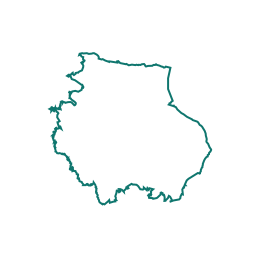 Jenin, West Bank, Palestine (Mercator projection), rotated 45°
{"feature_id": "87354302B37411468451868", "entity_name": "Jenin", "entity_type": "district", "adm_level": 2, "iso_a3": "PSE", "parent_name": "Palestine", "parent_adm1": "West Bank", "projection": "mercator", "projection_center": [35.215, 32.426], "detail": "fine", "context": "isolated", "style": "outline", "palette": "teal", "viewbox_px": 256, "rotation_deg": 45, "n_neighbors": 0, "source": "geoboundaries", "source_scale": "gbopen_adm2", "svg_char_len": 5844}
<svg xmlns="http://www.w3.org/2000/svg" viewBox="0 0 256 256"><g transform="rotate(45 128 128)"><path d="M79.8,186.5L79.8,186.8L80.7,186.0L81.1,186.1L81.6,186.9L81.0,186.9L80.9,187.2L81.3,187.9L84.1,189.3L84.9,188.7L85.8,190.4L86.1,189.1L86.6,188.7L87.1,188.9L87.1,189.8L87.6,191.0L87.8,190.7L88.0,191.7L88.6,192.6L88.8,192.3L89.2,192.7L89.1,193.0L89.7,193.4L90.0,193.4L90.1,193.1L90.6,193.2L90.6,193.9L93.6,195.6L93.6,195.8L94.1,195.6L95.7,195.9L96.9,195.0L97.2,194.3L98.9,193.3L99.6,193.2L99.8,192.7L100.4,192.7L100.6,192.5L100.2,192.5L100.2,192.2L101.3,192.0L101.4,191.2L102.1,191.2L102.7,191.6L105.0,191.4L105.0,191.6L105.8,192.1L106.3,192.0L106.7,191.4L107.4,193.2L108.2,193.2L108.4,192.6L108.7,193.0L109.2,192.9L109.3,192.3L110.0,192.8L110.9,192.7L111.6,193.1L111.7,193.7L112.7,193.7L113.0,193.3L113.7,194.0L114.0,194.8L114.1,194.7L113.9,195.2L114.6,195.9L115.6,195.8L115.6,196.2L116.1,196.7L115.5,197.6L116.1,198.3L116.7,198.2L116.8,196.9L116.5,197.0L116.5,194.9L117.1,195.0L118.3,196.3L118.6,197.6L119.0,197.8L119.0,196.5L119.8,196.9L121.3,195.6L122.0,196.0L123.6,196.2L124.3,196.9L124.9,196.8L125.5,196.2L125.9,196.4L128.0,199.3L128.8,199.1L129.1,198.4L131.3,199.9L133.5,198.9L134.4,199.3L136.7,199.5L136.8,200.0L138.5,198.3L138.4,196.9L138.8,196.5L139.0,196.9L139.5,196.9L139.7,196.6L139.6,196.3L140.8,196.4L141.8,195.5L141.4,194.5L141.6,193.8L141.9,193.5L142.6,194.1L142.9,193.3L142.8,191.6L142.2,190.8L145.2,191.4L146.3,192.1L147.1,192.2L147.2,192.9L148.5,193.0L148.7,193.7L149.5,194.1L150.0,195.2L150.7,195.9L151.4,196.3L151.7,195.9L152.3,196.5L154.1,196.9L154.9,198.4L156.4,198.5L157.0,199.2L158.2,199.4L159.4,200.2L160.5,200.6L163.9,200.0L163.9,199.3L165.4,198.6L165.8,193.6L165.7,192.3L168.0,193.7L169.7,190.5L170.9,188.9L169.8,188.3L170.7,187.3L169.8,187.1L168.6,185.8L167.3,185.3L165.8,182.2L164.3,180.2L164.7,179.6L167.0,179.8L167.0,178.7L167.3,178.7L167.3,178.2L164.9,177.5L165.9,176.6L167.4,176.0L170.2,176.1L169.4,175.5L169.6,173.6L169.5,172.1L169.1,171.6L170.6,171.2L170.9,170.3L168.9,169.8L170.0,165.0L171.6,164.5L172.0,163.9L174.2,162.1L176.4,161.9L180.0,162.6L182.1,161.0L182.3,159.9L181.3,158.9L185.3,158.7L184.2,156.7L186.0,156.8L185.9,157.2L186.4,157.2L186.3,156.6L185.8,155.9L185.8,155.4L189.1,153.5L188.9,156.6L190.2,157.5L190.8,159.0L191.5,158.7L191.9,159.6L191.2,160.2L190.8,159.8L190.0,159.9L190.1,160.3L189.8,160.6L190.0,161.5L190.7,161.3L192.3,162.5L195.1,160.1L195.8,160.3L197.8,157.3L198.0,156.4L198.1,151.9L197.0,150.9L197.1,150.1L198.6,149.6L199.8,150.6L200.7,150.5L200.9,149.9L201.9,150.4L203.4,151.5L205.3,153.8L205.7,153.3L205.2,153.1L205.8,152.0L205.8,149.4L204.9,147.1L206.3,146.8L210.1,147.9L210.4,148.3L209.9,149.8L210.1,149.9L211.4,147.1L214.7,142.3L214.6,140.6L213.6,139.4L212.7,136.8L213.8,136.2L209.9,133.1L209.3,131.2L209.7,131.0L209.8,130.5L209.1,130.0L208.6,128.6L209.2,127.9L208.2,127.8L206.6,123.6L206.7,121.2L209.2,110.5L210.2,109.8L210.9,109.6L211.0,109.2L210.4,108.5L210.1,107.1L209.2,106.2L208.3,103.9L208.3,103.0L207.6,102.4L207.0,101.1L206.3,100.5L204.8,97.1L204.2,95.1L204.0,93.0L204.5,91.8L203.5,90.7L203.8,89.3L202.9,88.2L202.9,86.3L202.3,84.7L201.9,84.4L199.5,84.0L195.8,82.5L193.6,82.4L192.7,81.9L192.0,80.7L191.0,79.8L188.5,78.4L186.8,77.0L184.2,75.8L179.5,74.7L178.0,74.7L176.5,75.1L173.5,74.4L172.3,74.6L168.0,76.7L167.1,76.6L161.8,78.4L157.5,79.0L155.2,79.7L149.8,80.0L147.1,79.4L145.1,80.2L145.1,79.9L144.6,79.8L144.5,80.3L144.8,80.3L140.3,82.6L140.2,81.6L139.9,81.2L140.2,80.6L140.4,79.6L140.1,78.9L140.4,77.2L128.8,72.1L121.2,64.5L115.4,55.4L111.3,57.9L111.3,58.9L110.7,59.9L109.2,60.2L108.2,60.9L106.0,61.7L103.8,63.0L102.8,63.1L102.6,63.5L102.6,64.3L101.4,65.4L101.2,66.8L98.3,69.9L97.2,71.8L96.7,71.9L95.0,71.4L94.1,71.4L92.7,73.2L92.2,74.7L90.9,75.7L90.8,76.3L89.2,77.3L88.8,78.3L86.0,80.4L84.2,83.1L81.6,83.8L81.4,84.4L76.6,87.6L73.8,87.6L73.2,88.6L74.2,89.3L67.9,93.9L67.2,94.6L67.5,94.8L64.2,96.4L61.4,97.2L60.9,98.2L58.2,99.7L57.3,98.6L55.9,98.1L54.0,98.2L51.1,99.1L50.2,100.1L49.8,101.0L47.9,103.3L46.0,104.2L43.8,106.8L42.7,107.5L41.3,109.7L41.9,110.9L42.4,109.7L44.4,110.3L45.9,109.9L46.2,109.6L47.5,111.1L48.3,111.3L49.5,111.0L49.8,111.5L49.6,112.4L50.0,113.3L49.4,114.2L49.0,113.9L48.8,114.8L50.1,115.1L50.8,115.0L52.3,115.5L53.3,116.7L54.7,119.8L53.7,122.3L53.5,123.8L53.6,124.1L53.2,124.4L52.1,126.1L52.6,126.8L52.3,128.8L51.0,128.9L49.9,128.1L49.7,129.4L49.9,130.5L49.4,131.5L48.4,132.2L48.1,134.2L49.4,133.8L49.2,133.4L50.0,132.9L49.7,132.0L50.1,131.7L53.6,133.2L56.7,131.7L64.7,130.3L65.1,129.8L67.5,130.6L67.8,131.3L66.9,131.7L68.2,133.9L67.2,137.5L64.5,139.0L62.7,141.6L63.0,142.7L61.0,143.8L61.2,144.3L61.7,144.1L61.7,144.4L62.3,144.3L62.6,144.8L63.4,144.5L63.5,144.9L63.0,145.3L63.8,146.3L64.1,146.2L65.5,148.3L66.2,147.7L66.8,147.6L67.6,147.9L71.9,147.2L73.5,147.3L74.1,148.1L74.3,148.8L74.3,149.4L74.0,149.9L70.1,149.8L69.1,150.2L67.3,152.1L65.9,154.5L65.4,154.4L63.7,155.3L63.9,156.0L63.2,155.4L62.6,155.6L62.1,156.4L62.1,157.1L62.9,157.2L63.0,158.4L63.8,159.8L64.3,159.5L64.7,160.1L64.7,161.2L65.3,161.5L65.4,162.1L65.1,162.1L65.0,162.4L65.5,162.7L66.6,162.1L67.1,162.4L66.2,162.8L66.0,163.4L65.4,163.4L65.2,164.1L64.3,164.1L63.6,164.4L63.1,165.1L63.4,165.5L63.2,165.6L62.2,165.0L63.0,166.6L62.0,166.0L61.7,166.5L61.4,166.4L61.2,166.6L61.4,166.8L60.9,167.2L59.4,167.1L59.3,167.5L59.8,167.8L59.1,170.0L60.7,169.6L61.5,169.7L61.8,170.1L61.7,167.9L62.4,167.9L62.7,168.4L63.7,168.4L64.0,166.8L64.8,166.4L66.0,167.0L67.3,166.6L68.3,166.8L68.8,168.7L70.4,170.5L74.8,171.5L74.4,173.4L74.1,173.8L74.5,174.1L77.9,175.8L79.0,174.8L81.3,175.8L80.0,176.0L79.1,177.4L79.0,177.9L78.3,178.3L78.3,178.9L77.1,178.6L77.0,178.9L77.4,179.2L77.1,180.0L78.1,180.2L78.0,180.8L79.1,181.1L79.6,182.8L78.6,183.0L78.1,183.2L78.1,183.5L79.5,183.3L79.7,183.9L80.3,184.0L80.6,184.6L79.7,185.5L80.0,186.3L79.8,186.5Z" fill="none" stroke="#0f766e" stroke-width="2"/></g></svg>